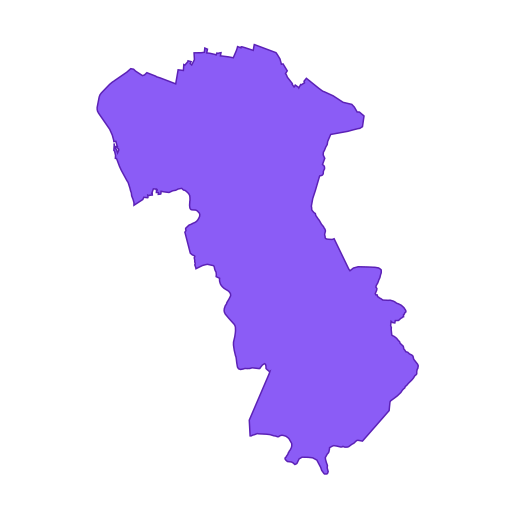 the district of Acula, Veracruz, Mexico, rotated 185°
{"feature_id": "50627088B79823252153906", "entity_name": "Acula", "entity_type": "district", "adm_level": 2, "iso_a3": "MEX", "parent_name": "Mexico", "parent_adm1": "Veracruz", "projection": "natural_earth1", "projection_center": [-95.798, 18.563], "detail": "fine", "context": "isolated", "style": "filled", "palette": "violet", "viewbox_px": 512, "rotation_deg": 185, "n_neighbors": 0, "source": "geoboundaries", "source_scale": "gbopen_adm2", "svg_char_len": 6018}
<svg xmlns="http://www.w3.org/2000/svg" viewBox="0 0 512 512"><g transform="rotate(185 256 256)"><path d="M328.9,273.5L321.7,253.1L319.6,251.6L317.2,250.8L316.9,249.9L317.4,248.8L316.7,246.7L316.5,244.7L316.1,243.9L315.9,242.9L316.2,241.8L315.0,239.2L314.7,238.1L308.4,241.9L305.7,242.9L303.7,243.5L297.7,242.7L297.2,242.4L296.7,241.7L296.2,239.9L295.7,238.6L295.0,237.3L294.4,236.5L293.9,234.0L293.9,232.0L290.3,230.6L290.3,229.1L290.0,227.5L289.1,225.2L288.1,223.7L286.8,222.4L285.0,221.0L280.4,218.7L279.1,217.5L278.1,216.1L277.8,214.2L279.1,210.9L280.9,207.2L281.1,206.5L281.1,205.9L282.3,203.7L283.0,200.8L283.0,198.7L282.6,197.3L281.5,195.4L277.7,191.6L271.7,186.0L270.9,184.8L270.3,183.3L269.9,179.7L269.9,177.4L270.1,173.9L270.9,168.2L270.7,165.4L269.5,160.3L267.7,154.8L267.2,153.9L266.7,151.9L265.9,148.0L264.8,143.8L264.2,142.9L263.5,142.1L261.5,141.6L258.7,142.4L257.3,143.0L254.8,143.1L252.3,143.4L250.1,144.3L242.9,144.1L242.3,144.4L242.1,145.0L240.1,148.0L238.1,149.5L237.1,148.9L236.5,147.3L236.2,144.8L234.9,143.7L232.3,141.9L232.1,142.1L232.7,139.6L248.4,91.9L246.2,76.3L245.3,76.3L243.6,77.3L241.9,77.9L239.3,79.2L237.9,79.1L230.1,79.4L226.5,79.3L222.4,78.4L221.0,78.4L218.8,77.8L217.6,78.0L216.9,78.8L215.1,79.6L214.1,79.7L212.4,79.5L210.3,79.0L207.8,77.4L207.1,76.7L204.1,72.4L203.8,70.0L204.1,68.1L205.1,65.6L205.8,64.6L206.2,63.5L206.6,62.9L206.8,61.9L207.5,60.3L208.1,59.4L208.5,58.3L209.1,57.8L209.4,57.3L209.4,56.4L208.5,55.3L206.8,54.0L202.8,53.9L201.3,53.3L199.1,51.7L197.5,52.6L197.1,53.1L195.4,57.6L192.6,59.6L186.6,60.0L182.0,59.9L177.6,58.0L173.1,51.0L171.9,48.2L169.3,45.2L168.7,44.8L166.8,45.0L166.2,45.2L165.7,45.9L165.3,47.5L166.6,51.1L166.6,53.6L167.9,56.4L169.0,59.4L169.4,61.2L167.7,65.0L166.8,66.1L166.3,67.3L166.0,70.1L166.0,71.5L163.5,73.2L162.0,73.9L159.1,73.7L154.9,73.1L153.6,73.3L152.9,73.9L151.9,73.7L151.5,73.4L149.9,73.4L148.0,73.7L147.0,74.2L144.2,76.7L142.1,78.1L140.5,80.0L139.5,81.0L138.4,81.3L133.8,80.9L109.9,113.6L109.8,122.2L109.3,123.4L103.0,129.0L99.8,132.7L98.5,135.1L97.3,136.6L96.4,137.4L95.9,139.0L94.4,140.5L93.2,142.3L89.8,146.3L88.5,148.2L87.3,150.6L86.2,151.6L85.6,152.6L85.8,154.8L85.6,157.0L85.0,158.2L84.8,160.7L85.5,162.2L89.9,166.9L90.9,169.9L92.1,170.9L94.7,171.9L96.4,173.3L98.4,173.7L99.7,175.4L100.8,176.5L101.0,177.7L101.5,179.0L104.8,181.6L105.6,183.3L106.6,184.0L108.8,186.3L111.1,187.8L113.6,188.8L114.0,189.8L115.0,195.0L114.9,196.4L115.8,198.4L115.7,202.7L114.2,201.6L111.9,201.4L111.6,203.8L108.4,204.2L106.2,206.6L105.3,207.1L104.5,208.1L103.7,208.3L103.9,210.5L103.2,211.0L102.7,212.6L101.8,213.4L102.1,214.8L104.2,217.5L107.0,219.6L110.0,220.8L111.8,221.2L113.1,222.1L115.1,223.0L118.6,223.7L120.1,223.4L124.6,223.2L125.9,223.2L128.0,224.5L129.3,224.9L130.3,225.7L131.3,226.1L131.9,227.8L133.3,227.8L133.9,229.0L132.8,232.5L132.7,234.1L133.9,235.5L133.6,237.2L132.4,239.7L131.8,241.8L131.6,242.8L130.7,245.2L130.3,248.1L129.8,250.1L129.9,251.9L130.1,253.1L131.0,253.8L132.8,254.8L136.3,255.1L143.6,254.8L153.3,254.2L157.9,252.5L161.1,249.5L162.4,251.0L179.7,280.0L180.8,279.4L181.9,279.1L185.9,279.0L187.2,279.1L188.1,279.5L188.7,280.2L188.9,281.6L189.4,282.8L189.5,283.8L189.0,287.0L189.6,288.7L190.7,290.0L191.3,291.1L193.6,293.4L196.2,297.2L197.3,298.3L200.0,301.6L200.6,303.5L201.6,304.0L202.5,304.7L203.9,306.1L204.5,306.9L204.8,309.1L205.2,310.5L204.5,318.2L202.6,326.3L199.7,340.8L199.4,341.5L198.3,341.7L196.9,342.4L196.2,343.7L196.2,344.9L196.3,345.8L195.9,347.4L195.3,348.8L195.5,350.5L195.9,351.5L197.7,353.0L196.0,359.4L196.4,359.7L196.6,360.4L197.1,361.1L197.9,362.7L197.9,365.4L197.1,367.0L196.0,370.6L194.8,373.2L194.6,376.3L192.2,383.6L175.4,388.2L170.3,390.1L165.7,391.7L163.7,392.2L161.2,394.1L160.6,404.9L165.5,408.4L167.8,408.3L171.0,412.9L173.8,415.4L182.7,416.7L193.1,422.3L202.1,425.5L203.9,426.0L208.0,428.5L221.3,437.4L223.4,434.3L222.8,432.7L226.1,430.3L226.5,430.6L228.0,427.2L228.3,427.7L231.8,429.7L232.4,428.2L232.5,428.0L232.8,427.7L234.9,430.1L234.7,430.5L235.0,431.1L240.3,436.8L241.5,439.1L242.5,440.3L241.0,443.2L245.8,449.7L247.4,449.3L249.3,454.4L252.3,458.5L253.8,460.3L276.1,466.5L276.1,467.2L276.7,460.6L285.3,462.6L288.4,463.2L289.1,463.0L289.2,462.1L292.6,463.0L292.9,461.2L293.5,458.8L295.9,451.5L301.0,452.0L308.9,452.3L308.6,455.5L309.5,455.3L311.8,454.5L312.6,454.8L313.3,452.8L314.4,453.2L319.4,453.9L322.8,454.0L322.4,457.8L325.1,458.7L325.2,454.4L328.4,453.7L335.4,453.0L335.4,452.8L334.5,446.5L334.6,445.8L336.7,440.7L338.4,441.9L337.6,444.0L340.7,444.5L340.7,443.8L343.5,440.0L344.6,440.4L344.5,434.5L349.8,434.7L351.0,420.5L367.1,425.1L370.8,425.9L371.5,426.4L380.7,429.1L382.9,426.6L384.8,425.8L392.1,429.7L394.2,431.4L397.1,431.7L400.8,427.8L414.5,416.5L416.8,414.2L424.3,404.9L425.5,402.9L426.1,400.6L427.2,390.2L427.0,388.2L426.5,386.5L425.3,384.6L412.8,369.5L409.7,363.9L407.9,359.0L407.6,357.6L405.6,358.0L404.1,354.0L403.7,353.2L404.6,353.1L405.1,352.8L402.6,351.0L402.1,350.3L402.0,349.2L402.9,346.6L404.3,350.0L404.6,350.1L405.5,351.2L406.6,353.3L407.2,355.8L406.9,353.7L406.8,348.8L406.0,348.1L404.7,344.0L404.6,341.0L403.7,341.0L403.1,340.3L399.8,333.4L397.7,329.7L391.2,319.9L389.8,318.1L387.5,312.6L386.7,310.2L385.7,308.0L385.1,305.1L383.3,301.4L382.2,298.4L382.0,295.9L373.7,302.4L372.9,304.7L368.4,304.6L368.6,304.7L369.1,307.1L368.9,307.0L367.5,307.0L367.4,307.2L364.6,307.7L364.9,309.8L365.2,309.7L364.1,313.9L361.3,314.0L361.3,313.5L360.3,313.6L360.1,312.9L360.3,312.5L360.8,312.1L360.8,310.6L358.7,310.7L358.7,308.9L356.4,309.4L356.2,309.6L356.2,312.2L353.2,311.9L348.3,311.7L347.8,311.9L344.7,313.7L341.7,314.5L339.3,316.0L335.9,316.9L334.0,315.4L332.2,315.1L329.7,313.3L328.4,312.1L327.3,310.4L326.9,308.5L326.6,305.7L326.7,304.9L326.6,300.8L326.2,298.7L325.8,297.6L325.0,296.7L324.0,296.4L320.0,296.5L318.4,295.8L316.2,293.8L315.6,292.4L315.6,290.6L316.0,289.4L317.0,287.1L318.2,285.4L319.6,284.2L322.2,282.8L322.9,282.3L322.9,282.2L325.5,280.9L328.4,277.6L328.5,276.8L328.0,275.2L328.9,273.5Z" fill="#8b5cf6" stroke="#5b21b6" stroke-width="1.5"/></g></svg>